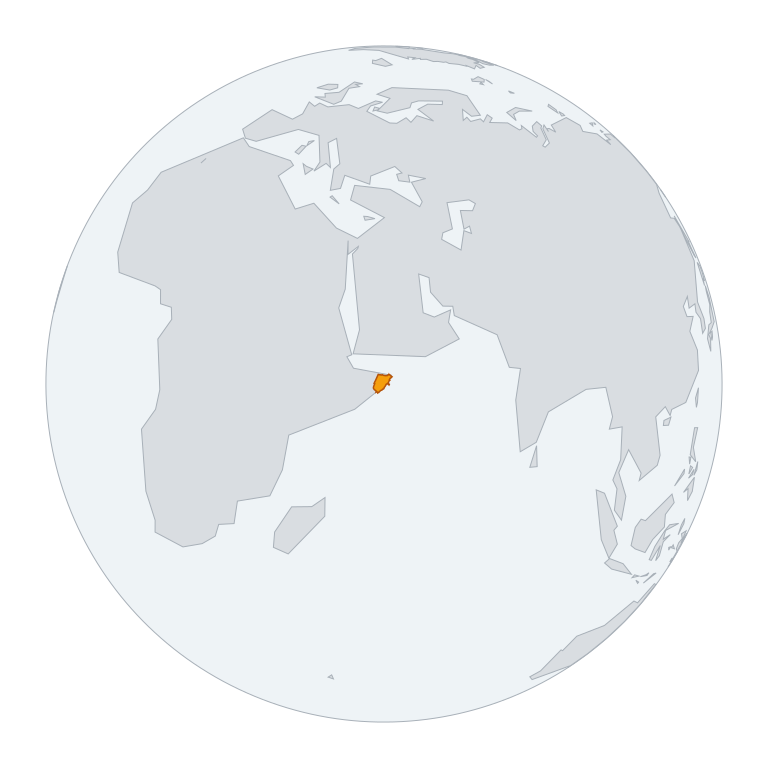 globe centered on Bari, rotated 24°
{"feature_id": "SOM-1", "entity_name": "Bari", "entity_type": "Region", "adm_level": 1, "iso_a3": "SOM", "parent_name": "Somalia", "parent_adm1": "", "projection": "orthographic", "projection_center": [50.532, 10.16], "detail": "fine", "context": "on_globe", "style": "filled", "palette": "amber", "viewbox_px": 768, "rotation_deg": 24, "n_neighbors": 0, "source": "natural_earth", "source_scale": "10m", "svg_char_len": 10082}
<svg xmlns="http://www.w3.org/2000/svg" viewBox="0 0 768 768"><g transform="rotate(24 384 384)"><circle cx="384" cy="384" r="338" fill="#eef3f6" stroke="#a8b0b8"/><path d="M46.7,405.0L48.5,420.1L51.2,440.5L53.2,452.9L49.1,429.0L46.7,405.0ZM324.7,51.3L321.7,51.9L317.0,52.8L318.6,52.5L324.7,51.3ZM343.3,48.5L341.7,48.7L341.8,48.7L343.3,48.5ZM347.2,48.1L350.6,47.8L346.2,48.2L347.2,48.1ZM356.3,47.2L358.5,47.0L353.7,47.4L356.3,47.2ZM353.0,48.0L340.8,49.1L340.9,48.9L352.7,47.7L353.0,48.0ZM565.4,98.9L562.6,97.1L557.7,94.1L565.4,98.9ZM537.4,82.9L535.3,81.9L539.2,83.9L549.4,89.5L551.8,90.8L557.8,97.9L578.3,115.7L581.7,114.6L590.9,120.5L617.2,145.2L637.1,181.6L649.6,194.0L655.0,202.5L654.5,208.1L646.6,195.6L639.8,191.5L635.4,184.3L631.9,190.6L625.5,180.6L625.9,191.4L633.4,199.2L638.9,196.5L642.0,211.5L656.5,225.5L665.8,243.7L667.2,278.1L657.2,290.2L658.2,296.4L650.2,290.3L645.6,303.5L665.2,336.8L666.7,347.1L656.4,368.4L655.1,360.8L634.2,344.5L634.5,369.4L650.6,388.2L656.3,411.8L645.8,405.6L639.5,385.0L632.1,378.6L631.0,356.9L619.0,326.3L608.2,333.6L606.1,320.9L588.0,296.8L570.8,306.7L545.5,342.6L546.8,375.3L536.0,390.5L510.9,345.1L502.4,314.3L491.7,317.8L467.3,293.0L420.4,292.9L415.2,285.0L406.1,288.9L389.2,281.2L381.9,268.5L370.9,269.4L390.8,303.0L402.7,302.4L414.7,289.2L417.9,301.5L434.4,312.2L410.7,342.2L343.5,369.0L339.6,344.5L302.3,278.1L304.9,271.0L304.9,270.2L304.6,268.7L298.4,280.2L292.9,267.6L310.0,313.1L311.7,332.9L342.6,370.4L339.0,374.2L349.7,382.0L387.3,373.0L387.0,381.2L367.6,418.9L317.8,469.4L326.1,503.8L325.2,532.6L297.7,550.6L303.8,572.5L290.1,579.5L291.7,591.6L282.8,603.8L266.6,614.6L235.1,612.4L230.3,601.5L210.1,578.8L180.8,523.9L185.6,500.0L181.5,480.4L159.1,434.9L163.8,411.3L158.5,400.4L147.2,401.6L141.5,388.7L135.0,387.5L96.7,389.8L87.1,371.8L80.6,320.9L89.1,303.0L94.3,281.2L155.4,216.3L164.3,221.9L207.7,218.0L212.4,221.1L202.8,236.9L231.7,260.3L246.4,247.4L277.1,260.9L300.5,261.8L316.7,231.8L278.6,229.5L276.4,214.5L310.5,203.7L344.5,207.5L344.8,202.0L327.0,188.5L338.6,179.3L321.3,183.3L325.5,189.1L314.8,192.3L310.3,187.3L314.6,183.9L305.4,180.9L287.3,199.4L289.7,207.3L263.3,209.3L264.7,223.0L256.2,228.9L250.7,208.0L254.1,200.8L240.8,178.9L234.8,186.3L247.0,208.0L241.4,206.0L233.4,218.0L235.2,207.3L223.5,183.3L202.2,186.3L168.5,214.3L157.4,215.8L151.2,208.7L170.2,178.9L192.7,179.3L199.8,170.3L201.0,156.7L207.7,158.5L211.0,153.5L220.0,153.7L238.5,143.0L248.5,142.7L261.2,128.8L268.1,127.2L258.6,135.5L257.4,141.9L283.1,143.2L289.7,140.6L295.9,131.8L302.2,134.0L304.9,125.5L322.4,123.6L303.3,119.3L310.1,110.6L323.6,105.0L322.4,101.8L300.4,111.3L294.8,116.0L295.3,121.0L276.8,135.3L266.8,137.2L273.3,120.6L259.8,122.1L270.7,110.0L323.3,89.4L342.5,86.9L362.7,99.3L355.1,103.8L344.0,101.2L349.2,111.0L351.2,106.6L356.4,108.9L364.2,102.6L368.3,104.0L368.8,96.0L374.7,97.1L374.2,102.1L390.8,95.2L404.4,96.8L406.2,94.7L404.3,92.0L422.9,96.6L423.4,94.9L417.5,92.6L414.6,88.1L416.8,82.2L423.1,84.1L423.2,86.4L432.9,94.9L432.1,101.8L434.9,102.1L437.1,96.6L425.3,86.2L424.8,82.3L431.6,86.5L429.0,84.6L430.8,83.4L438.5,84.1L431.5,79.4L442.1,66.5L458.0,68.0L462.9,72.4L476.9,68.9L493.8,73.1L488.2,70.6L491.3,68.8L486.1,67.4L483.6,66.2L489.1,63.6L495.2,65.3L492.0,63.8L515.1,72.5L537.4,82.9ZM129.7,250.3L126.9,256.6L129.7,250.3ZM377.8,228.4L399.9,230.3L394.6,211.4L402.7,210.9L397.9,205.0L394.1,210.0L383.2,194.4L394.4,189.7L394.1,182.0L386.7,181.2L367.8,192.7L383.4,214.5L376.3,221.9L377.8,228.4ZM220.0,129.1L221.2,132.3L214.9,137.5L202.2,140.7L211.1,132.8L220.0,129.1ZM224.3,135.8L234.2,120.1L242.5,118.4L236.2,121.8L240.7,122.3L231.7,128.1L229.9,143.0L224.3,148.9L203.9,149.8L213.7,145.8L211.9,142.6L224.3,135.8ZM244.9,91.9L249.3,87.5L261.6,89.1L256.1,93.2L243.0,95.8L241.9,92.7L244.9,91.9ZM283.3,61.4L277.5,63.3L277.4,63.3L283.3,61.4ZM270.4,65.7L261.2,69.2L257.2,70.8L270.4,65.7ZM343.5,56.5L338.5,55.5L338.5,59.3L329.6,59.6L330.2,60.1L322.0,61.7L313.0,64.7L309.6,64.6L307.5,65.9L302.0,67.4L298.1,69.3L290.6,70.1L285.2,72.7L284.8,71.7L277.4,76.1L279.6,73.3L272.7,75.6L274.2,77.1L243.6,81.3L229.2,86.9L215.9,93.6L221.4,89.0L237.3,80.4L257.2,71.6L270.3,67.5L270.4,66.8L276.7,64.8L274.0,66.2L282.0,63.0L286.4,61.9L304.2,57.1L312.8,54.2L319.5,52.8L318.4,53.4L325.8,51.7L328.2,52.2L333.1,51.4L340.2,51.7L335.2,54.1L341.0,53.2L346.7,53.9L343.5,56.5ZM333.5,49.9L334.1,49.8L337.3,49.4L332.9,50.0L338.9,49.2L340.3,49.2L345.3,48.7L342.6,49.3L354.7,48.1L350.7,49.8L343.9,51.2L334.3,50.4L329.6,51.1L323.2,51.7L330.9,50.3L333.5,49.9ZM220.5,215.6L224.6,216.7L231.7,216.5L226.8,224.6L220.5,215.6ZM212.0,199.3L216.1,198.5L212.6,208.8L208.4,208.2L212.0,199.3ZM221.4,189.9L216.6,197.7L216.7,193.1L221.4,189.9ZM262.8,134.8L267.6,134.0L266.9,136.1L262.9,139.1L262.8,134.8ZM341.5,71.5L339.8,69.8L341.9,69.2L344.9,65.0L351.7,65.0L352.6,67.5L341.5,71.5ZM308.5,236.6L300.1,242.1L297.3,239.0L300.8,237.7L308.5,236.6ZM260.1,233.1L269.8,237.7L258.7,235.2L260.1,233.1ZM349.5,70.8L349.9,68.9L353.0,70.1L349.5,70.8ZM356.9,64.8L361.1,65.8L352.9,64.5L356.9,64.8ZM454.5,671.0L457.8,674.0L452.2,674.5L454.5,671.0ZM383.7,528.9L365.6,578.2L349.4,578.2L344.3,563.7L349.6,533.8L367.9,525.4L376.3,511.7L383.7,528.9ZM693.9,460.8L697.2,461.4L696.8,463.0L693.9,460.8ZM690.6,456.4L695.0,455.8L689.4,460.0L690.6,456.4ZM696.6,455.7L700.9,451.7L702.8,448.7L702.1,452.0L696.6,455.7ZM687.4,457.2L667.2,460.5L658.3,457.8L661.1,451.7L675.5,450.9L687.4,457.2ZM660.3,451.7L645.8,437.8L620.9,394.4L629.9,394.1L655.0,419.0L653.5,424.1L662.3,435.4L660.3,451.7ZM692.7,416.8L691.0,431.8L680.5,432.5L675.4,431.1L671.9,412.8L673.9,402.9L678.4,402.5L691.9,367.4L697.3,374.3L694.1,388.7L698.3,400.6L692.7,416.8ZM548.5,378.3L557.5,397.2L551.1,400.8L548.5,378.3ZM694.5,343.9L690.9,359.0L693.2,339.4L694.5,343.9ZM694.1,326.0L695.8,332.9L692.4,326.6L694.1,326.0ZM660.7,305.9L656.1,308.3L654.6,303.4L659.6,297.6L660.7,305.9ZM672.8,259.5L677.9,273.4L678.9,278.3L674.3,270.1L672.8,259.5ZM408.4,74.4L396.6,79.7L392.7,85.0L397.6,89.6L385.7,86.0L391.7,77.9L408.4,74.4ZM437.3,66.9L432.9,64.0L438.1,64.5L439.8,65.3L437.3,66.9ZM432.4,65.7L420.9,63.7L420.6,61.6L429.7,63.5L432.4,65.7ZM384.9,65.4L381.0,66.7L378.5,65.6L384.9,65.4ZM667.1,568.5L668.4,565.9L639.5,593.8L636.3,592.2L643.7,582.4L653.9,554.9L655.6,555.0L662.7,536.0L683.6,514.9L700.6,480.6L704.6,480.8L712.2,456.5L713.9,456.5L709.2,475.1L708.1,479.8L700.3,503.0L690.8,525.6L679.7,547.5L667.1,568.5ZM701.9,460.4L707.5,447.6L709.5,446.0L701.9,460.4ZM717.9,435.7L719.0,428.3L720.1,418.0L718.1,415.7L717.8,409.2L719.3,403.9L716.7,399.8L719.7,395.3L720.0,408.8L721.3,397.1L721.6,398.2L717.9,435.7ZM717.9,426.2L718.2,426.0L717.4,430.4L717.9,426.2ZM712.1,416.1L711.6,420.0L710.6,417.4L712.1,416.1ZM713.6,413.3L716.3,416.4L713.2,416.7L713.6,413.3ZM700.8,403.3L702.3,412.2L706.8,405.2L703.3,414.5L705.4,428.9L704.0,434.9L702.1,419.2L699.9,436.4L697.7,436.6L697.5,422.3L700.1,404.2L702.2,396.4L709.9,391.5L700.8,403.3ZM714.0,402.1L713.0,391.7L713.5,384.4L714.7,389.7L714.0,402.1ZM708.7,367.1L704.3,355.9L701.7,361.2L705.5,342.9L709.3,356.7L708.7,367.1ZM702.7,341.4L700.5,346.2L701.9,335.8L702.7,341.4ZM699.1,342.3L697.3,334.1L699.9,334.7L699.1,342.3ZM704.2,341.4L702.2,327.2L704.7,335.2L704.2,341.4ZM692.4,316.0L700.4,328.3L692.5,324.0L685.5,297.6L688.3,296.3L692.4,316.0ZM665.9,210.8L661.5,204.2L662.2,202.3L665.0,207.4L665.9,210.8ZM660.3,192.8L660.9,199.8L660.6,206.8L663.8,209.5L669.3,221.3L661.1,211.0L656.7,197.8L658.0,194.8L652.2,185.6L649.4,179.1L640.7,168.2L637.5,163.5L645.9,172.8L660.3,192.8ZM636.8,163.7L620.6,145.5L624.7,147.8L629.1,152.3L634.9,159.4L632.4,157.7L636.8,163.7ZM617.8,142.0L615.2,140.5L585.9,116.6L580.7,112.4L605.2,130.2L604.1,130.0L610.6,135.9L617.8,142.0ZM480.7,65.5L477.9,64.0L481.5,64.6L480.7,65.5ZM472.1,60.7L470.1,61.0L469.6,59.9L472.1,60.7ZM465.9,62.1L468.0,60.7L469.8,63.3L465.9,62.1Z" fill="#d9dde1" stroke="#a8b0b8" stroke-width="1"/><path d="M374.7,387.5L374.7,386.8L374.7,386.2L374.7,385.5L374.8,384.8L374.8,384.2L374.8,383.5L374.8,382.9L374.8,382.2L374.8,381.5L374.8,380.9L374.8,380.2L374.8,379.5L374.8,378.9L374.8,378.2L374.8,377.6L375.0,377.5L375.8,377.4L376.5,377.3L376.8,377.2L377.0,377.0L377.5,377.0L378.0,376.8L378.2,376.7L378.3,376.5L378.4,376.4L378.5,376.3L378.9,376.3L379.0,376.3L379.1,376.2L379.3,376.3L379.8,376.3L380.1,376.3L380.2,376.2L380.3,376.2L380.5,376.1L381.2,376.0L381.3,376.0L381.7,375.9L381.8,375.8L381.9,375.7L382.1,375.7L382.5,375.6L383.1,375.1L383.3,375.0L383.5,375.0L383.6,374.8L383.8,374.6L383.9,374.4L383.9,374.2L384.0,374.1L384.0,373.9L384.2,373.7L384.3,373.6L384.6,373.5L384.6,373.4L384.7,373.5L384.9,373.4L385.1,373.3L385.3,373.3L385.4,373.2L385.5,373.2L385.9,373.5L386.5,373.5L386.9,373.8L387.0,373.9L387.4,373.9L387.6,373.9L387.7,374.0L387.9,374.0L388.0,374.0L388.4,374.1L388.3,374.3L388.2,374.6L388.2,375.0L388.0,375.3L387.9,375.5L387.6,375.9L387.4,376.0L387.4,376.3L387.4,376.5L387.2,376.9L387.2,377.0L387.2,377.4L387.1,377.7L387.2,377.9L387.5,378.1L387.8,378.2L387.7,378.4L387.5,378.6L387.4,378.8L387.4,379.1L387.4,379.9L387.5,380.9L387.6,381.4L387.6,381.5L387.3,381.5L387.3,381.9L387.3,382.0L387.2,382.1L386.9,382.2L386.8,382.3L386.8,382.5L387.8,382.3L388.0,382.3L388.0,382.2L387.9,382.2L387.8,381.9L387.8,381.7L387.7,381.6L387.8,381.7L387.9,381.8L388.0,381.8L388.2,382.0L388.3,382.1L388.5,382.1L388.8,382.1L389.0,382.1L389.1,382.3L389.0,382.6L388.9,382.7L388.9,382.8L388.7,382.7L388.3,382.7L388.2,382.5L388.1,382.4L387.2,382.5L386.8,382.7L386.3,383.0L386.2,383.2L386.1,383.6L386.2,383.9L386.0,384.3L386.1,384.6L386.1,384.8L386.1,385.0L386.0,385.4L386.0,385.5L385.9,385.7L385.9,386.0L385.8,386.3L385.8,386.5L385.7,386.6L385.7,387.0L385.6,387.3L385.6,387.6L385.8,388.0L385.8,388.3L385.7,388.4L385.4,389.0L385.0,389.2L384.9,389.2L384.8,389.3L384.7,389.6L384.7,390.1L384.6,390.4L384.4,390.6L383.8,391.1L383.6,391.3L383.5,391.5L383.4,391.7L383.3,391.9L383.2,392.4L383.1,392.6L382.8,393.0L382.8,393.4L382.8,393.5L382.7,393.8L382.4,393.9L382.3,394.0L382.2,394.3L381.9,394.8L381.2,394.1L380.5,394.0L380.3,394.4L380.0,394.8L379.6,393.6L379.0,393.3L377.7,393.2L376.8,392.7L376.1,392.2L375.7,391.4L375.5,390.0L375.4,387.5L374.7,387.5Z" fill="#f59e0b" stroke="#b45309" stroke-width="1.5"/></g></svg>